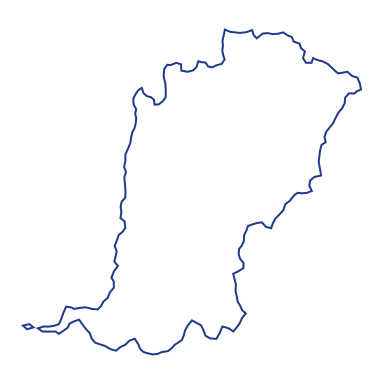 outline of Araponga, Minas Gerais, Brazil
{"feature_id": "56859067B49785283687690", "entity_name": "Araponga", "entity_type": "district", "adm_level": 2, "iso_a3": "BRA", "parent_name": "Brazil", "parent_adm1": "Minas Gerais", "projection": "natural_earth1", "projection_center": [-42.51, -20.667], "detail": "fine", "context": "isolated", "style": "outline", "palette": "blue", "viewbox_px": 384, "rotation_deg": 0, "n_neighbors": 0, "source": "geoboundaries", "source_scale": "gbopen_adm2", "svg_char_len": 2937}
<svg xmlns="http://www.w3.org/2000/svg" viewBox="0 0 384 384"><path d="M322.6,61.3L317.3,60.0L313.1,58.1L311.5,62.8L306.0,62.8L303.0,58.1L304.9,51.4L301.1,48.2L299.4,43.6L293.6,41.5L291.9,37.1L288.1,35.6L283.1,32.4L277.5,33.8L272.5,34.1L267.5,33.1L262.6,33.6L256.7,38.3L253.6,35.0L252.1,30.1L246.4,32.2L240.0,32.9L234.9,32.4L230.3,31.8L224.8,29.6L223.8,35.0L222.5,40.5L222.9,45.6L222.3,50.7L223.1,54.9L224.6,59.4L221.7,63.9L216.4,65.3L212.5,67.3L208.3,66.6L205.5,62.5L201.8,62.2L198.3,61.3L196.5,66.9L193.3,70.3L187.6,71.8L181.3,70.6L181.1,64.4L176.3,62.8L170.9,65.0L167.3,64.8L164.3,68.7L163.6,76.2L165.4,83.9L165.8,91.1L165.6,97.3L162.9,101.1L158.8,104.3L154.7,104.7L153.9,99.7L151.0,97.2L147.0,96.2L143.5,93.2L141.8,87.9L138.5,90.0L135.6,94.2L133.2,98.8L133.7,104.7L136.2,109.2L135.2,113.8L136.2,118.0L135.7,123.5L134.4,128.4L132.5,132.0L131.2,136.9L130.3,143.1L128.0,148.7L125.4,154.4L125.4,160.7L124.1,167.0L126.0,171.8L124.3,177.3L124.9,183.4L125.5,190.8L125.3,197.5L121.6,201.9L120.6,206.3L121.4,212.1L120.4,218.0L124.5,221.3L125.3,227.9L122.9,231.6L118.8,234.9L116.5,241.4L114.7,245.8L116.7,251.6L115.3,257.3L114.3,261.5L117.9,265.9L114.0,271.3L111.4,277.7L113.8,281.6L113.8,287.6L109.9,292.4L107.6,298.0L103.3,301.7L101.1,306.1L97.8,309.4L91.8,308.9L85.7,307.3L78.9,308.0L74.2,308.9L70.8,307.3L66.1,306.7L63.7,312.1L61.2,319.1L58.9,324.1L54.4,325.7L49.9,326.5L43.9,326.5L37.8,328.3L42.5,331.5L49.5,331.6L55.5,331.5L58.9,333.9L63.2,330.9L67.8,327.6L69.4,323.7L73.9,321.4L79.1,319.7L82.8,325.0L86.3,329.4L89.8,333.1L91.7,338.7L95.1,342.6L100.4,344.5L104.9,345.9L108.3,347.9L111.7,349.6L116.1,350.7L120.4,347.0L125.4,344.7L129.5,340.6L134.8,338.7L138.1,343.9L140.3,349.1L143.4,351.9L147.3,353.2L152.6,354.4L157.8,353.9L161.9,352.0L168.1,351.1L172.2,347.7L174.7,344.8L177.9,342.7L181.8,340.1L183.9,335.0L184.9,330.8L187.8,325.5L191.9,320.4L196.4,322.8L201.0,325.3L203.4,330.0L205.5,335.7L210.2,338.4L216.4,338.9L220.1,332.2L222.3,326.6L225.8,327.4L229.5,328.8L233.3,331.5L237.3,326.7L239.6,323.5L242.1,317.9L245.8,313.5L242.3,310.3L240.0,305.4L237.7,301.7L236.7,296.2L235.5,290.6L235.9,284.7L234.6,279.3L233.2,273.7L237.8,271.6L243.5,268.0L243.5,262.9L240.2,259.0L238.7,254.5L239.0,249.0L241.8,245.6L244.0,240.6L244.0,235.4L246.2,231.0L248.0,226.0L252.6,224.3L257.5,222.9L262.0,222.4L265.9,226.9L271.2,228.2L272.7,223.8L275.1,219.0L279.1,214.8L283.3,210.2L285.3,204.2L289.9,200.7L294.1,195.3L297.7,192.8L302.3,193.3L306.8,192.9L311.8,191.0L309.3,185.7L310.1,180.6L314.4,176.9L321.1,175.5L320.0,169.0L318.7,161.8L319.3,157.1L320.0,150.8L321.6,144.8L325.7,142.2L324.5,136.9L326.3,131.6L329.4,127.9L333.2,123.0L335.2,118.7L338.4,112.6L342.1,108.4L344.6,103.4L345.2,97.6L349.0,93.3L354.2,93.6L357.5,90.9L361.0,89.5L359.8,83.3L357.3,77.5L352.2,76.1L347.4,71.7L342.1,72.8L338.0,73.3L335.1,70.9L331.8,67.6L327.9,64.1L322.6,61.3ZM33.5,327.4L29.3,324.1L23.0,325.6L27.1,329.2L33.5,327.4Z" fill="none" stroke="#1e3a8a" stroke-width="2"/></svg>